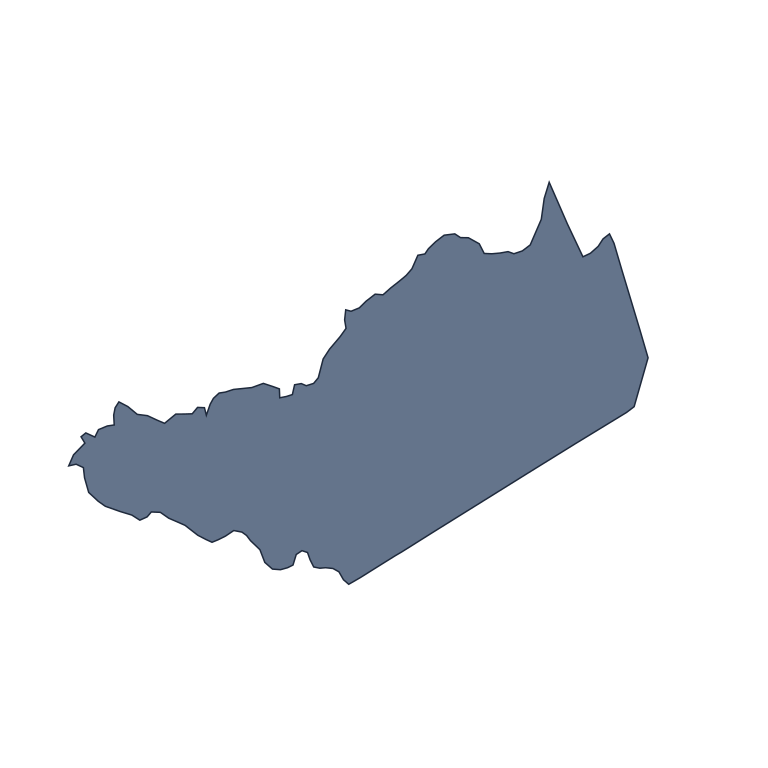 Riacho das Almas, Pernambuco, Brazil, rotated 215°
{"feature_id": "56859067B22137901706557", "entity_name": "Riacho das Almas", "entity_type": "district", "adm_level": 2, "iso_a3": "BRA", "parent_name": "Brazil", "parent_adm1": "Pernambuco", "projection": "natural_earth1", "projection_center": [-35.848, -8.088], "detail": "fine", "context": "isolated", "style": "filled", "palette": "slate", "viewbox_px": 768, "rotation_deg": 215, "n_neighbors": 0, "source": "geoboundaries", "source_scale": "gbopen_adm2", "svg_char_len": 1839}
<svg xmlns="http://www.w3.org/2000/svg" viewBox="0 0 768 768"><g transform="rotate(215 384 384)"><path d="M446.2,441.5L447.9,432.2L452.7,424.7L457.9,422.8L453.0,413.9L447.0,407.8L447.1,397.7L448.6,381.3L448.2,369.6L441.4,351.4L442.0,344.1L446.7,338.0L452.0,336.9L456.8,332.1L453.0,322.8L456.8,317.8L461.5,312.9L466.9,320.0L473.2,318.3L483.2,315.3L490.2,305.3L495.5,300.7L504.2,293.2L509.3,286.4L513.9,282.0L515.5,274.4L514.8,267.8L511.6,256.5L517.5,261.6L523.3,257.9L524.0,249.6L530.3,244.9L537.3,239.9L541.2,225.9L549.4,224.2L559.6,222.4L568.7,217.6L580.9,218.6L590.9,217.3L590.6,210.3L587.6,203.5L581.5,195.7L586.6,190.9L591.7,182.9L590.4,174.7L600.2,172.9L601.9,167.0L595.1,164.0L597.7,147.9L595.3,136.1L590.2,141.7L582.3,143.1L575.5,135.4L563.7,125.8L550.7,124.0L542.1,124.0L527.0,128.2L515.4,132.0L505.9,132.4L501.8,139.3L501.2,145.7L493.6,150.6L483.4,150.6L466.0,154.1L449.7,153.3L440.7,154.5L434.1,155.7L430.5,161.3L426.6,168.5L423.0,177.8L415.4,181.2L409.7,181.1L403.5,179.1L390.6,177.1L379.3,169.5L369.2,168.4L362.3,172.5L357.6,178.2L354.7,183.5L358.1,194.0L355.6,200.4L350.0,202.1L343.7,197.6L336.6,193.8L330.9,196.3L326.5,200.0L320.0,203.6L313.2,204.3L304.9,200.4L298.0,199.7L292.5,211.5L281.8,236.8L276.1,250.2L273.2,256.5L259.6,288.8L256.6,295.9L243.9,325.7L215.5,392.4L193.3,444.2L185.9,461.1L169.0,499.8L166.1,508.9L182.7,556.9L205.4,575.1L254.9,614.1L276.3,631.2L285.4,636.3L287.8,628.5L287.5,619.6L289.9,609.5L294.0,602.3L325.4,620.2L343.4,631.2L364.4,644.0L359.2,627.9L349.6,609.1L344.0,581.8L347.0,572.4L352.3,565.2L358.3,563.6L364.2,557.7L370.4,552.5L376.8,548.4L386.4,553.5L398.8,552.2L405.3,547.8L412.1,547.6L420.1,540.4L423.3,530.2L425.2,520.4L425.1,514.0L430.1,508.9L427.2,494.4L428.1,485.7L430.5,476.8L433.5,466.9L436.0,456.5L442.8,452.5L446.2,441.5Z" fill="#64748b" stroke="#1e293b" stroke-width="1.5"/></g></svg>